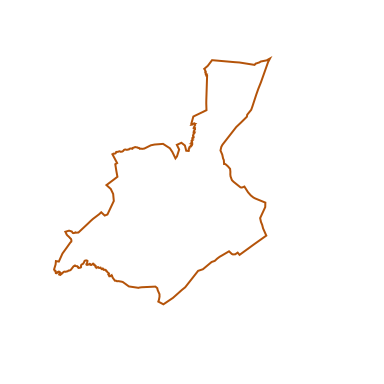 the district of Nueva Vizcaya, Nueva Vizcaya, Philippines, rotated 222°
{"feature_id": "2640588B36229801410553", "entity_name": "Nueva Vizcaya", "entity_type": "district", "adm_level": 2, "iso_a3": "PHL", "parent_name": "Philippines", "parent_adm1": "Nueva Vizcaya", "projection": "equal_earth", "projection_center": [121.302, 16.256], "detail": "fine", "context": "isolated", "style": "outline", "palette": "amber", "viewbox_px": 384, "rotation_deg": 222, "n_neighbors": 0, "source": "geoboundaries", "source_scale": "gbopen_adm2", "svg_char_len": 5647}
<svg xmlns="http://www.w3.org/2000/svg" viewBox="0 0 384 384"><g transform="rotate(222 192 192)"><path d="M263.6,291.3L263.3,290.9L262.5,290.7L262.5,290.2L262.4,289.9L262.2,289.8L261.7,290.0L261.6,289.9L261.4,289.4L260.9,289.3L260.5,288.6L260.3,288.5L260.1,288.6L259.6,289.1L259.5,288.8L259.2,288.5L259.0,288.0L258.6,288.1L258.4,288.3L242.8,269.8L240.7,267.4L236.0,262.5L241.5,249.0L238.2,242.3L237.5,242.4L237.4,241.7L236.9,242.3L237.0,242.6L237.0,242.9L236.5,243.9L236.4,244.4L235.9,244.9L235.7,245.3L235.8,244.7L235.7,244.6L235.3,244.8L235.4,244.3L235.4,244.1L235.2,243.9L234.9,244.0L234.5,243.8L234.4,243.2L234.0,242.3L233.9,241.4L233.6,240.8L233.3,240.7L233.2,240.8L233.2,240.6L232.8,240.7L232.3,240.6L232.0,240.9L231.8,240.7L231.7,240.6L231.8,240.2L231.5,239.3L231.4,239.2L231.2,238.8L231.4,238.6L231.4,238.4L231.0,238.1L230.9,237.8L230.6,238.0L230.1,237.9L230.0,237.7L229.9,237.8L229.8,237.3L229.7,237.3L229.7,236.9L229.8,236.8L229.7,236.5L229.6,236.4L229.7,235.9L229.5,235.6L229.1,235.3L229.1,234.7L228.7,234.3L228.5,234.2L228.3,234.0L227.7,234.1L227.4,233.9L227.2,233.5L227.3,233.1L227.5,233.3L227.7,233.2L227.9,232.3L227.7,232.1L227.5,231.9L227.1,231.7L226.7,231.2L226.7,230.6L226.3,230.8L226.4,230.2L226.2,230.1L226.2,229.8L226.0,229.5L225.6,229.3L225.6,229.0L225.8,228.8L225.6,228.4L225.3,228.5L225.1,228.5L224.8,228.1L224.8,228.5L224.5,228.5L224.3,228.1L224.5,227.7L224.1,227.9L223.8,227.7L223.7,227.6L223.6,227.1L223.4,226.8L223.3,226.0L223.5,225.6L223.4,225.4L223.7,225.3L223.6,225.1L223.6,224.7L223.9,224.3L223.9,224.0L223.7,224.1L223.7,223.8L223.5,223.3L223.3,223.2L223.1,223.5L223.2,223.1L223.1,222.7L223.2,222.2L223.2,221.7L222.2,220.9L221.9,220.3L223.9,218.8L228.4,221.8L232.8,221.5L234.8,216.9L230.0,215.0L227.0,208.4L226.8,205.9L233.4,208.6L237.7,209.7L245.7,208.4L251.6,202.2L253.8,199.2L256.5,192.4L257.9,190.7L259.1,190.0L259.6,189.2L260.1,189.2L260.5,189.3L260.8,189.3L261.4,188.7L262.2,188.7L263.8,187.6L264.3,187.4L264.9,186.1L265.5,185.1L265.2,184.2L265.4,184.0L266.0,183.9L266.5,183.5L267.4,182.3L267.3,181.6L267.8,180.9L268.0,180.5L268.4,180.2L268.6,179.8L269.0,179.5L270.1,178.9L270.6,178.0L270.7,177.7L270.6,176.5L270.9,175.4L271.8,174.3L272.0,174.1L272.9,173.9L273.2,173.7L274.0,172.2L275.1,171.1L275.1,170.8L274.7,169.9L274.7,169.6L275.1,168.8L276.0,168.0L276.1,167.8L276.2,167.3L276.4,166.8L267.0,163.4L267.6,161.3L262.4,157.1L257.6,153.4L258.5,148.5L260.2,139.9L254.4,139.9L249.3,137.8L244.1,133.0L239.8,118.7L241.1,116.1L245.9,116.2L246.1,113.5L247.6,105.7L247.9,102.9L248.2,98.6L249.3,85.9L251.2,83.9L251.7,83.9L251.9,83.1L252.4,82.3L253.2,81.8L254.9,82.2L257.5,81.0L259.5,77.7L256.6,76.5L255.2,76.3L253.9,76.4L253.4,76.3L252.3,76.3L251.8,76.1L250.7,76.2L249.4,75.5L248.5,74.4L248.6,73.0L247.9,67.1L247.1,59.6L244.4,51.2L246.9,49.6L244.9,46.9L242.7,42.2L242.3,42.1L241.7,41.7L241.0,42.0L240.8,41.7L240.5,41.6L240.1,41.7L239.8,41.3L239.5,41.2L239.4,41.0L238.9,40.6L238.5,40.8L238.5,41.2L238.2,41.4L238.1,41.9L238.2,42.4L237.9,42.7L238.1,42.9L238.0,43.1L237.8,43.1L237.8,43.6L237.7,43.8L237.3,43.9L236.9,43.8L236.7,44.0L236.3,43.9L236.1,43.7L235.7,43.5L235.8,43.0L235.5,41.8L234.4,42.2L234.0,44.8L234.0,45.0L234.2,44.9L234.3,45.0L234.1,45.4L233.9,46.6L233.7,47.2L233.4,47.6L233.2,47.8L232.8,47.9L232.3,48.5L232.0,49.1L231.4,49.8L231.2,51.0L230.5,51.7L230.1,52.5L230.0,53.3L230.3,57.5L229.9,58.8L229.6,58.6L229.2,59.0L228.1,59.6L227.8,60.0L226.6,60.1L226.3,59.7L225.8,59.6L225.4,59.7L224.5,60.9L224.2,61.4L224.2,62.0L225.0,62.8L225.4,63.4L225.5,64.1L224.9,65.9L225.2,67.5L225.6,68.5L225.7,68.9L225.5,69.6L224.6,70.6L223.7,70.9L223.4,70.6L222.5,69.1L222.2,67.7L221.9,67.4L221.6,67.4L221.2,67.6L220.4,68.8L220.3,69.3L220.0,70.2L219.7,70.3L219.0,69.8L218.8,69.8L218.6,70.0L218.0,70.4L217.9,71.0L217.7,71.7L217.7,72.4L217.6,72.6L217.4,72.7L217.1,72.5L216.5,72.6L216.4,72.4L216.3,72.2L216.1,72.2L215.6,72.7L214.9,72.3L214.7,72.3L214.2,72.6L213.9,72.3L213.9,72.1L213.6,71.8L213.2,71.9L212.5,71.7L212.5,71.9L212.2,72.2L211.7,73.2L211.5,73.4L211.3,73.4L210.8,73.1L210.0,73.6L209.4,74.6L208.6,74.3L208.1,74.4L207.4,74.3L207.2,74.5L207.4,75.1L207.3,75.3L207.1,75.5L206.5,75.4L206.1,75.1L205.4,75.1L205.1,75.4L204.9,75.9L204.8,76.0L204.2,76.1L203.9,76.3L203.7,76.3L203.5,76.0L203.2,75.9L202.7,76.1L202.1,76.1L201.2,75.8L199.2,75.9L198.9,75.1L198.7,74.9L198.4,74.7L198.5,74.6L198.2,74.5L198.3,74.7L198.0,74.7L197.8,74.3L197.6,74.2L196.9,74.6L196.6,74.6L196.4,75.3L196.3,75.1L196.2,75.1L196.1,75.3L195.9,76.3L195.6,76.4L193.8,75.3L189.9,74.5L189.2,75.2L188.0,75.5L187.1,76.5L184.4,78.2L183.2,78.8L175.7,79.6L167.6,85.0L167.3,85.6L165.8,87.4L155.9,97.2L153.5,97.3L151.8,96.1L147.8,94.3L146.1,92.5L144.4,89.7L143.7,88.0L138.1,89.4L135.3,100.6L134.0,112.4L133.3,116.6L134.7,137.5L132.2,141.9L130.6,153.1L129.0,156.0L128.7,159.4L128.1,162.4L127.3,164.8L124.8,172.7L121.0,172.6L119.8,173.0L118.2,174.6L117.5,177.5L114.6,177.1L110.9,194.6L107.6,209.3L114.8,212.5L117.8,214.5L120.7,215.9L123.9,218.2L127.5,229.8L130.4,233.2L140.7,229.5L142.7,229.0L146.0,228.8L150.2,229.3L156.7,231.1L157.4,229.6L157.9,228.8L158.5,228.2L159.2,227.9L167.8,227.4L170.2,227.5L172.0,228.4L172.6,228.8L173.7,229.3L175.3,230.7L177.0,232.7L179.2,234.7L182.5,235.1L185.1,235.1L186.3,234.9L186.9,234.3L189.7,237.0L191.3,237.7L194.5,240.0L198.6,241.9L200.4,245.1L201.0,247.5L202.6,269.9L202.1,276.1L201.6,284.7L202.7,286.4L203.0,292.7L204.4,296.1L209.5,307.6L211.7,312.9L214.2,319.7L222.4,339.5L223.4,343.4L224.6,339.8L228.2,335.0L228.7,333.2L229.0,332.8L230.1,330.8L230.5,330.3L230.6,329.8L230.5,329.3L230.7,328.8L230.6,328.3L243.4,320.0L247.1,317.1L265.3,303.4L264.7,296.3L265.3,291.7L263.6,291.3Z" fill="none" stroke="#b45309" stroke-width="2"/></g></svg>